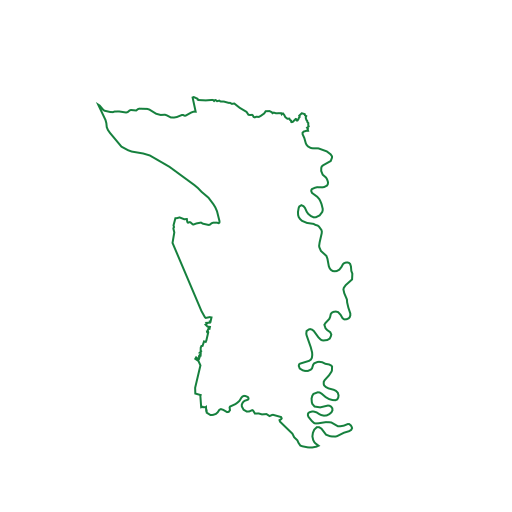 the district of Villa Rica, Valle del Cauca, Colombia, rotated 158°
{"feature_id": "7082276B61573549340712", "entity_name": "Villa Rica", "entity_type": "district", "adm_level": 2, "iso_a3": "COL", "parent_name": "Colombia", "parent_adm1": "Valle del Cauca", "projection": "albers", "projection_center": [-76.465, 3.182], "detail": "fine", "context": "isolated", "style": "outline", "palette": "green", "viewbox_px": 512, "rotation_deg": 158, "n_neighbors": 0, "source": "geoboundaries", "source_scale": "gbopen_adm2", "svg_char_len": 6088}
<svg xmlns="http://www.w3.org/2000/svg" viewBox="0 0 512 512"><g transform="rotate(158 256 256)"><path d="M348.5,175.4L361.8,156.6L363.8,151.2L359.4,147.8L360.0,147.1L363.5,136.3L361.9,136.2L361.7,135.6L359.3,134.7L358.9,134.8L360.1,131.3L359.7,131.2L360.4,129.2L357.8,125.6L355.5,124.8L352.4,124.6L350.1,125.4L347.6,127.1L345.9,127.2L344.0,125.6L341.3,122.1L339.7,121.7L337.9,122.8L337.2,125.5L336.5,126.1L330.5,126.4L328.1,127.0L325.6,127.9L322.5,130.2L321.1,130.8L319.5,130.8L318.2,130.1L316.4,128.3L316.2,127.0L316.5,126.3L317.4,125.8L320.6,126.0L322.2,125.6L323.8,124.6L325.0,123.3L325.5,121.7L325.1,118.1L322.8,115.2L320.5,114.4L317.2,114.5L316.6,113.8L316.0,110.3L312.5,109.0L309.8,106.9L305.5,105.5L303.4,102.5L300.5,102.6L299.6,102.3L293.1,97.3L293.0,95.9L293.7,95.3L295.7,95.0L295.8,93.4L288.8,77.6L288.5,73.6L286.7,69.6L286.6,66.9L285.9,63.6L284.3,62.2L279.4,59.0L275.6,57.4L271.4,56.6L269.1,56.7L271.2,60.2L271.7,61.7L271.9,64.0L271.3,67.6L269.5,70.7L267.0,73.2L263.7,74.5L261.6,73.6L260.0,71.4L258.0,64.1L255.0,61.3L253.3,60.3L249.9,58.8L248.3,58.6L240.6,59.2L235.3,58.7L232.9,59.1L231.4,60.4L231.3,61.5L231.5,63.3L232.6,65.3L233.8,65.8L238.1,65.8L241.8,66.6L243.8,67.4L248.5,73.4L250.1,74.3L253.5,75.8L261.2,77.6L264.0,78.7L264.8,79.5L266.1,82.2L267.6,87.1L267.6,88.7L267.0,90.1L266.4,90.7L265.0,91.1L262.2,90.8L260.8,90.2L258.4,88.3L256.5,85.6L255.1,84.1L252.8,82.5L250.2,81.7L247.3,81.9L244.6,82.8L242.9,84.3L242.3,86.2L242.8,88.2L243.9,89.6L245.3,90.4L253.2,91.6L258.1,94.5L259.2,97.8L259.0,99.6L257.9,103.0L256.2,105.3L254.4,106.6L249.8,106.5L248.1,105.6L246.7,103.7L244.3,99.1L241.9,96.0L238.9,93.7L236.3,92.5L234.4,92.6L232.8,93.9L231.7,95.8L231.4,98.6L232.4,101.0L234.0,102.8L238.4,106.1L240.3,108.3L241.3,110.5L241.2,111.9L240.3,114.0L238.8,115.2L233.0,118.0L229.2,120.6L228.4,121.6L226.9,125.0L227.2,126.1L228.8,128.0L232.1,130.1L234.4,132.7L237.2,134.3L238.7,134.7L242.2,134.7L243.7,133.8L246.2,130.8L247.8,130.1L250.9,130.0L253.5,131.0L255.5,132.5L257.6,135.3L257.5,138.1L256.6,139.4L255.4,139.7L246.1,138.9L243.9,139.4L242.3,140.7L240.9,143.2L240.1,145.6L239.4,150.9L238.8,163.5L238.5,165.1L237.2,167.5L234.4,168.1L233.1,167.9L231.6,166.7L230.5,164.8L228.6,157.2L227.3,154.2L226.3,153.1L225.1,152.4L221.4,151.4L218.6,151.8L216.7,153.5L215.6,155.0L215.7,157.5L217.7,160.6L218.6,162.9L218.4,166.6L216.8,167.8L211.6,170.2L210.1,171.7L208.4,174.2L207.0,175.0L205.2,175.2L202.8,174.6L200.9,173.2L199.6,169.8L199.1,166.1L198.3,164.6L197.6,164.0L195.5,163.4L193.4,163.5L192.1,164.1L190.8,165.6L190.1,167.4L189.7,173.6L188.9,178.8L188.0,181.6L188.1,188.4L187.5,192.2L186.5,193.6L183.7,195.4L175.7,198.3L173.3,203.5L173.2,206.5L171.9,210.7L171.7,213.4L172.4,214.8L173.7,215.8L175.4,216.3L177.2,216.3L178.5,215.8L180.9,213.8L183.9,212.1L186.8,211.8L188.8,212.4L190.5,213.3L191.8,215.2L192.3,217.1L192.3,219.3L190.8,226.7L190.7,229.7L193.9,236.3L194.0,240.3L193.7,241.7L191.9,244.8L186.6,252.4L185.8,254.0L185.6,255.6L186.6,259.7L187.4,261.1L189.3,262.6L190.6,264.2L196.4,267.6L200.2,271.4L201.3,273.8L201.8,276.1L201.6,278.2L200.6,281.1L198.4,284.6L197.3,285.7L194.9,286.1L193.3,284.4L192.6,282.3L192.4,278.0L191.8,275.5L190.1,272.4L188.0,270.2L185.9,269.5L181.8,269.8L178.1,272.0L177.1,273.3L176.5,274.7L175.8,279.5L175.8,282.8L176.0,285.0L177.0,287.9L180.4,293.4L180.5,295.2L180.1,296.3L179.1,297.1L175.8,297.2L173.6,296.9L168.7,294.8L166.9,294.4L163.8,294.7L162.6,295.6L161.7,297.1L161.5,298.3L161.4,300.6L161.7,302.5L163.7,306.4L163.7,310.4L162.5,313.2L161.5,314.4L159.7,315.0L151.1,316.1L148.7,318.7L148.2,319.9L148.7,322.3L151.2,326.5L157.8,332.4L163.5,334.8L165.0,335.9L166.8,338.2L167.5,340.3L167.6,341.9L167.0,347.3L167.2,351.3L166.7,352.8L165.2,353.5L162.4,353.2L160.8,352.6L160.6,354.2L160.2,354.5L160.6,355.8L158.6,356.4L158.5,357.9L157.7,359.7L158.2,361.0L157.9,362.2L158.3,363.1L158.2,365.0L157.9,366.0L157.0,366.9L157.9,368.1L157.7,369.3L160.1,371.2L163.4,369.9L163.4,368.6L164.4,368.1L165.5,366.9L166.8,366.1L167.5,366.4L167.4,367.8L167.9,368.2L171.6,366.6L172.7,366.7L173.1,367.1L172.8,368.4L173.6,369.7L173.6,370.9L175.5,371.5L176.8,373.8L177.0,376.2L177.6,378.1L178.4,378.2L179.1,377.8L179.2,379.0L184.1,380.9L185.8,382.3L187.2,382.2L187.5,383.4L189.2,385.3L192.8,386.6L195.0,385.1L199.2,384.1L201.3,383.9L203.5,385.0L205.2,385.0L206.1,385.8L206.3,387.6L206.7,388.3L208.8,389.0L210.1,389.8L210.8,393.2L215.6,399.5L219.0,405.5L221.4,406.1L222.7,407.7L224.1,408.3L227.9,411.2L231.1,412.6L231.8,413.8L234.1,414.1L235.0,415.7L235.6,415.9L236.8,415.4L237.3,416.6L238.1,417.1L244.3,419.1L251.0,422.2L251.5,422.8L251.3,423.7L254.2,426.7L255.4,426.7L257.9,412.4L259.8,413.2L262.3,413.3L268.7,412.5L269.8,412.9L270.7,414.0L271.9,414.5L277.3,414.5L280.2,415.1L283.1,416.4L286.1,419.9L287.5,421.1L291.6,422.5L295.3,425.3L300.0,431.7L301.7,433.1L309.0,436.3L310.4,436.4L312.6,435.8L317.2,438.2L318.6,438.3L321.1,437.5L322.7,437.7L328.6,441.2L332.9,442.9L334.8,443.0L337.2,444.1L342.1,447.5L342.9,448.8L344.6,454.0L345.6,455.4L344.6,438.4L345.0,435.2L346.1,431.4L346.1,428.4L345.3,424.9L339.8,407.8L335.0,402.0L332.1,399.4L322.2,393.3L316.8,389.0L302.9,371.2L286.6,344.9L284.4,340.8L282.4,335.8L278.2,327.8L276.1,319.9L275.5,316.3L275.4,312.0L276.8,302.0L277.4,300.7L278.3,300.4L279.8,301.6L283.1,302.9L284.9,303.0L287.2,302.3L288.4,302.6L293.2,305.9L294.5,307.6L299.0,308.5L302.2,308.6L302.8,309.0L304.2,311.8L305.0,312.3L306.4,312.3L306.8,312.6L306.9,313.5L306.3,316.2L308.7,316.9L312.4,320.4L315.1,320.7L316.6,321.2L321.0,315.3L321.2,313.5L322.2,312.7L322.4,312.0L322.9,308.5L328.5,299.4L327.2,225.4L326.3,218.3L325.8,217.4L321.9,216.7L320.3,215.7L322.8,212.1L323.4,212.5L323.8,211.5L326.8,212.5L326.6,211.8L328.5,211.3L327.4,208.7L325.3,207.5L326.4,205.9L327.2,206.5L328.4,205.4L328.9,204.0L329.7,204.3L329.8,203.7L329.1,203.5L329.4,203.1L329.1,202.8L333.6,196.4L334.8,195.2L336.2,196.3L339.2,192.7L340.3,193.0L341.6,191.7L342.7,189.2L342.5,188.3L344.4,187.4L343.6,186.7L344.6,184.6L345.4,185.2L346.3,184.6L346.7,183.9L346.1,183.4L347.5,181.8L348.6,182.6L349.5,184.4L350.8,183.4L348.7,180.2L348.5,175.4Z" fill="none" stroke="#15803d" stroke-width="2"/></g></svg>